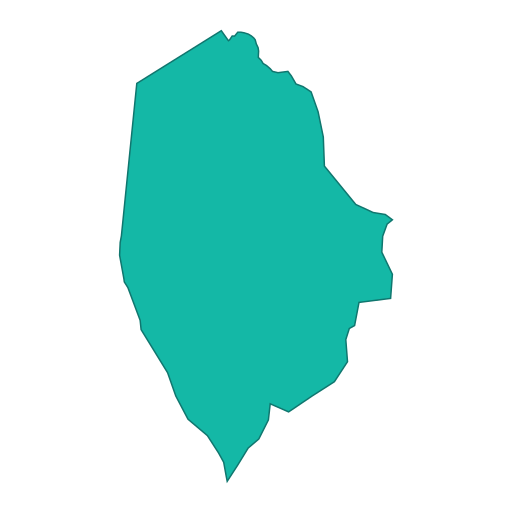 outline of Barre Duchaussee, Anse-la-Raye, Saint Lucia
{"feature_id": "8701671B96397646944426", "entity_name": "Barre Duchaussee", "entity_type": "district", "adm_level": 2, "iso_a3": "LCA", "parent_name": "Saint Lucia", "parent_adm1": "Anse-la-Raye", "projection": "robinson", "projection_center": [-60.996, 13.962], "detail": "fine", "context": "isolated", "style": "filled", "palette": "teal", "viewbox_px": 512, "rotation_deg": 0, "n_neighbors": 0, "source": "geoboundaries", "source_scale": "gbopen_adm2", "svg_char_len": 991}
<svg xmlns="http://www.w3.org/2000/svg" viewBox="0 0 512 512"><path d="M392.4,219.8L385.3,214.5L373.1,212.5L355.8,204.5L324.4,166.1L323.3,137.0L318.1,111.8L311.1,91.9L303.0,86.6L296.0,84.0L291.4,76.0L287.9,71.4L278.0,72.7L272.5,71.4L270.2,68.7L266.5,65.5L263.1,63.5L261.2,60.3L258.3,57.4L258.4,55.1L258.6,51.1L258.1,47.7L256.3,43.9L255.2,39.8L253.7,37.9L251.3,35.9L248.3,34.1L244.1,32.8L240.8,32.2L237.8,32.2L234.6,36.1L232.2,36.0L229.5,40.0L228.4,40.7L221.3,30.7L136.8,83.4L121.4,235.9L120.2,242.4L119.6,255.2L123.9,278.8L124.3,281.9L127.9,287.6L140.1,320.2L140.2,320.8L141.1,329.6L167.6,372.7L175.8,396.0L188.0,419.2L192.0,422.6L207.4,435.6L218.6,453.0L223.7,462.3L226.3,476.7L227.2,481.3L237.7,465.1L248.2,448.0L258.8,439.0L268.4,419.9L270.2,403.8L288.6,411.9L312.4,395.8L334.4,381.7L347.5,361.7L345.8,339.6L349.3,328.5L354.6,325.5L359.0,302.4L390.6,298.4L391.5,286.4L392.4,274.3L381.8,252.2L382.7,236.2L387.1,224.1L392.4,219.8Z" fill="#14b8a6" stroke="#0f766e" stroke-width="1.5"/></svg>